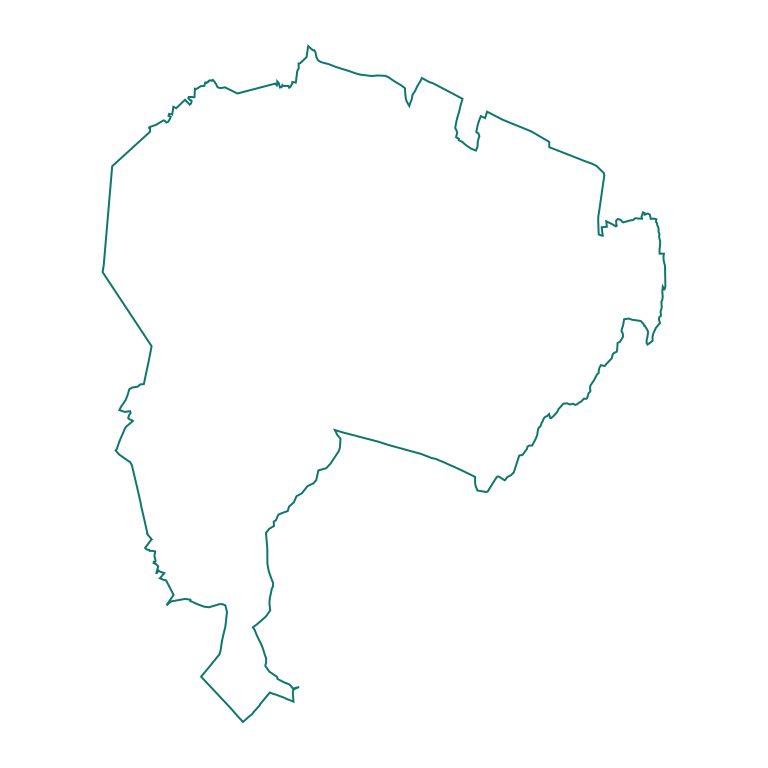 the district of Tlayacapan, Morelos, Mexico
{"feature_id": "50627088B24291222836000", "entity_name": "Tlayacapan", "entity_type": "district", "adm_level": 2, "iso_a3": "MEX", "parent_name": "Mexico", "parent_adm1": "Morelos", "projection": "robinson", "projection_center": [-98.969, 18.943], "detail": "fine", "context": "isolated", "style": "outline", "palette": "teal", "viewbox_px": 768, "rotation_deg": 0, "n_neighbors": 0, "source": "geoboundaries", "source_scale": "gbopen_adm2", "svg_char_len": 6020}
<svg xmlns="http://www.w3.org/2000/svg" viewBox="0 0 768 768"><path d="M661.4,301.7L662.2,300.4L662.7,297.0L662.3,291.4L662.8,286.6L663.5,287.7L663.4,289.3L664.0,289.5L664.5,289.4L665.4,286.3L665.0,265.9L663.6,260.3L663.5,256.3L663.9,253.7L659.6,253.7L659.5,249.1L659.8,247.9L660.2,241.6L659.4,238.3L659.1,236.3L659.5,234.1L658.6,232.2L658.5,227.7L657.5,225.8L657.1,224.2L656.9,223.0L656.0,222.1L656.3,219.2L654.4,218.7L650.7,218.8L650.6,218.0L649.7,214.4L647.6,213.6L644.7,214.7L644.7,213.1L642.9,212.4L642.1,215.1L641.5,216.8L642.2,218.3L642.1,218.7L638.4,218.6L635.9,218.2L634.9,218.4L633.6,219.7L632.6,220.2L630.6,220.3L623.2,222.4L622.0,221.6L620.5,219.8L617.9,219.0L616.2,220.5L616.2,224.2L616.8,225.6L615.9,226.4L613.1,224.8L612.8,224.5L606.3,221.3L606.8,226.7L601.7,227.3L602.7,235.7L602.1,235.5L600.3,235.2L598.7,234.4L598.2,220.7L598.3,216.5L599.5,208.9L604.3,175.4L603.9,173.2L596.4,165.8L590.8,163.2L587.3,162.1L549.3,147.2L549.2,141.9L531.3,131.4L502.8,119.8L487.1,111.7L485.1,118.1L480.8,116.1L478.5,122.4L477.7,125.0L476.3,132.1L478.4,133.4L479.4,136.2L478.6,138.4L477.8,141.4L477.5,146.9L475.8,150.6L470.9,148.5L466.6,145.6L463.7,143.3L463.6,143.1L462.5,142.0L458.7,140.2L458.9,138.7L456.1,137.3L457.2,132.6L456.2,129.8L455.2,128.1L455.8,124.5L456.6,120.4L457.6,116.7L459.0,112.3L460.3,106.5L462.5,98.8L433.7,83.6L429.0,81.9L421.9,78.0L420.3,81.3L417.1,86.5L415.2,90.8L412.5,94.9L411.5,100.1L410.2,103.1L409.3,106.0L406.7,101.5L405.8,98.5L405.3,94.1L404.9,88.1L400.8,85.1L393.9,81.0L388.5,77.2L385.1,75.8L377.8,75.5L371.6,76.0L360.2,74.6L355.4,73.3L349.8,71.3L336.0,67.0L329.2,64.3L321.4,62.2L319.0,61.0L317.6,59.6L316.3,56.6L315.6,52.6L314.3,50.2L312.9,50.3L308.2,46.1L307.3,52.0L306.6,57.1L300.1,63.3L298.6,63.5L298.7,68.5L297.4,70.6L296.9,73.2L296.7,76.7L296.3,77.4L296.3,79.3L295.8,82.6L292.4,82.0L292.3,83.7L291.3,85.2L290.5,86.8L289.2,87.7L288.5,86.0L283.3,85.9L282.4,85.1L282.1,86.3L281.4,87.3L280.7,87.0L280.0,87.4L278.6,82.8L277.3,81.4L277.3,83.6L276.8,85.3L275.3,83.6L237.4,93.5L224.9,87.3L221.6,88.0L218.8,87.8L217.3,86.8L216.0,83.9L215.1,82.9L214.5,81.6L212.8,79.9L211.9,80.8L210.3,80.3L208.9,80.7L208.4,81.8L207.4,81.8L206.6,83.0L205.3,82.5L204.3,85.9L200.7,86.2L196.7,88.9L194.9,88.7L194.5,97.2L188.8,96.9L188.3,97.9L189.8,99.8L191.5,100.5L191.4,102.5L190.9,103.5L189.7,104.7L189.1,103.9L185.0,99.8L176.2,108.2L173.4,106.8L172.2,114.5L169.2,113.8L168.5,115.8L170.7,116.9L169.5,119.6L168.1,121.8L166.4,122.5L164.7,120.7L163.5,120.4L156.3,124.7L149.5,127.1L149.0,127.9L150.0,128.5L150.1,131.7L112.2,166.2L103.7,265.5L102.6,272.1L151.6,346.2L148.8,360.7L143.8,384.2L140.5,384.3L137.6,386.7L132.4,387.5L129.3,389.2L127.6,395.1L125.6,400.2L120.9,407.0L119.4,410.1L124.7,411.9L130.1,411.2L130.6,413.1L129.0,415.2L128.2,418.0L129.5,419.2L131.9,420.3L132.9,421.0L126.0,426.8L124.8,428.9L119.4,441.4L117.2,447.8L117.0,448.6L115.6,450.3L119.1,454.5L129.1,461.5L130.2,462.2L131.2,464.0L131.8,464.9L137.2,487.7L140.5,502.2L141.3,506.7L144.6,520.9L147.4,533.4L147.1,533.6L147.6,534.5L151.7,539.4L151.3,539.7L145.1,547.9L146.7,549.5L149.2,549.9L149.5,550.8L152.6,550.9L155.2,551.4L154.4,555.9L155.6,560.8L154.7,562.3L153.8,561.9L153.6,563.1L156.0,564.1L157.7,565.8L158.2,566.2L156.4,573.0L156.8,573.1L158.6,570.6L160.4,571.8L164.3,573.1L159.9,578.3L163.3,579.7L166.1,580.4L173.6,594.9L166.5,605.3L170.9,601.5L185.0,598.9L190.4,599.7L190.3,601.0L198.0,604.4L203.9,606.6L208.9,607.3L219.7,604.1L222.2,604.1L225.3,605.3L227.1,612.3L226.9,612.9L226.2,618.4L226.1,620.4L225.3,626.9L223.0,636.2L221.7,642.6L220.7,649.7L219.6,654.1L208.7,667.6L201.1,676.7L230.8,708.3L237.5,716.0L243.0,721.9L249.3,716.3L252.1,714.3L253.5,712.1L259.9,705.2L259.9,704.5L269.8,692.5L273.6,694.1L274.7,694.2L284.1,697.7L287.8,699.5L288.5,699.6L293.5,701.7L292.8,692.8L293.0,690.9L293.3,690.0L293.7,689.6L294.9,688.8L299.1,687.0L293.0,688.6L290.7,685.8L289.3,684.4L283.8,682.2L277.6,679.0L277.1,676.9L269.4,671.7L265.3,665.9L265.4,665.1L266.2,662.5L266.1,658.2L264.9,655.1L263.8,651.4L262.5,647.5L261.0,643.8L258.7,639.3L256.6,634.8L254.8,630.2L252.9,627.3L257.0,624.3L266.0,616.4L270.2,610.4L269.4,602.9L269.8,598.3L271.9,588.4L273.0,586.5L273.1,583.1L271.1,577.9L268.9,571.5L268.5,569.8L267.4,563.6L267.3,548.4L266.0,532.9L269.3,528.8L274.0,525.9L273.7,521.6L275.9,520.3L278.3,514.7L283.5,512.5L287.7,511.1L289.1,506.5L293.8,502.4L296.5,496.2L301.7,493.4L307.6,486.1L313.5,483.3L316.2,480.2L318.4,470.4L326.3,468.2L330.3,463.9L338.7,451.3L339.8,448.0L340.2,443.7L340.5,438.6L337.5,435.3L334.9,430.0L342.3,432.3L379.1,441.9L387.5,444.7L421.3,454.0L431.8,458.1L436.0,458.9L438.7,460.2L443.5,462.1L449.8,465.0L455.1,467.3L462.0,470.5L475.1,476.9L475.1,483.2L475.6,485.9L477.4,490.5L486.1,492.0L487.6,491.6L491.5,485.3L496.8,477.0L497.5,476.5L498.3,476.5L499.5,477.0L504.7,480.3L505.1,480.0L507.1,477.2L511.1,475.1L513.8,472.4L519.2,455.6L522.5,454.9L526.9,449.0L527.6,446.5L529.5,445.5L532.0,445.6L532.8,444.4L535.9,438.4L537.2,435.0L537.9,430.2L538.6,427.9L540.3,426.5L541.7,422.9L542.8,420.9L543.2,419.7L544.2,417.8L545.5,416.7L547.0,416.2L549.1,414.1L550.2,418.1L551.1,418.2L554.4,415.2L557.1,412.1L558.6,409.0L560.9,406.5L563.4,403.7L567.0,403.3L569.8,404.5L573.2,403.7L575.0,404.9L577.1,404.3L579.3,402.5L581.0,401.7L583.9,398.7L586.1,398.8L587.1,398.2L588.7,393.1L590.2,391.6L590.4,390.7L590.0,387.7L590.4,385.6L594.0,380.2L597.1,374.3L598.6,373.2L598.9,369.4L599.8,367.0L601.0,365.1L603.3,365.8L604.9,365.9L605.8,364.6L611.8,358.3L612.6,354.6L613.8,353.1L616.6,351.8L617.1,350.3L617.6,342.9L619.9,341.9L623.1,336.6L622.7,333.3L621.5,331.2L621.8,329.0L623.2,325.0L624.1,319.3L628.7,318.5L631.9,319.7L640.2,320.9L641.0,321.2L643.2,323.7L644.6,325.6L644.4,325.9L644.8,326.1L645.5,326.9L647.3,329.8L648.1,332.2L647.3,337.6L646.9,338.8L646.6,340.7L646.7,343.4L647.6,344.6L652.6,340.8L652.5,337.6L652.7,335.9L653.4,333.3L655.9,327.9L660.0,323.0L659.5,321.6L658.9,319.2L659.4,317.0L660.8,316.0L660.9,314.1L660.6,312.2L660.7,310.7L661.4,309.4L661.8,306.1L661.5,304.9L661.4,301.7Z" fill="none" stroke="#0f766e" stroke-width="2"/></svg>